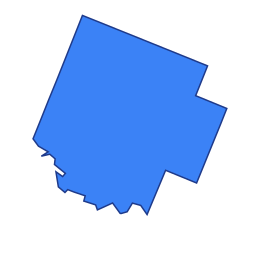 Wabaunsee, Kansas, United States of America (Robinson projection), rotated 202°
{"feature_id": "52423323B37462453886567", "entity_name": "Wabaunsee", "entity_type": "district", "adm_level": 2, "iso_a3": "USA", "parent_name": "United States of America", "parent_adm1": "Kansas", "projection": "robinson", "projection_center": [-96.171, 38.975], "detail": "fine", "context": "isolated", "style": "filled", "palette": "blue", "viewbox_px": 256, "rotation_deg": 202, "n_neighbors": 0, "source": "geoboundaries", "source_scale": "gbopen_adm2", "svg_char_len": 603}
<svg xmlns="http://www.w3.org/2000/svg" viewBox="0 0 256 256"><g transform="rotate(202 128 128)"><path d="M212.4,215.3L212.1,166.9L212.0,145.3L212.1,123.9L212.0,102.6L212.0,82.4L204.2,77.6L193.1,76.0L197.8,69.4L190.7,74.4L184.0,72.1L182.5,66.6L169.1,62.5L170.4,58.5L178.4,60.4L170.5,47.3L162.3,44.6L160.8,48.3L154.0,48.4L142.3,49.1L141.6,43.7L129.2,44.6L125.7,40.6L114.2,52.7L103.3,45.9L102.4,46.1L97.4,50.0L95.8,60.0L87.2,61.0L77.9,54.9L77.3,102.9L43.8,102.7L43.6,167.0L43.7,183.1L77.4,183.3L77.5,215.4L88.8,215.4L139.2,215.4L212.4,215.3Z" fill="#3b82f6" stroke="#1e3a8a" stroke-width="1.5"/></g></svg>